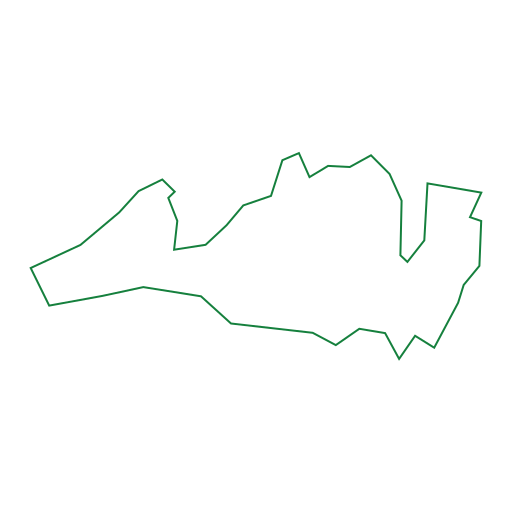 the district of Narin, Namangan, Uzbekistan
{"feature_id": "79887680B11323044548647", "entity_name": "Narin", "entity_type": "district", "adm_level": 2, "iso_a3": "UZB", "parent_name": "Uzbekistan", "parent_adm1": "Namangan", "projection": "mercator", "projection_center": [71.985, 40.952], "detail": "fine", "context": "isolated", "style": "outline", "palette": "green", "viewbox_px": 512, "rotation_deg": 0, "n_neighbors": 0, "source": "geoboundaries", "source_scale": "gbopen_adm2", "svg_char_len": 652}
<svg xmlns="http://www.w3.org/2000/svg" viewBox="0 0 512 512"><path d="M481.2,221.0L470.0,217.2L481.3,192.6L427.5,183.4L424.3,240.4L407.4,261.9L400.4,255.3L401.6,200.7L389.6,174.0L371.0,155.3L349.8,167.0L328.1,165.9L309.5,177.1L298.9,153.1L282.4,160.2L271.0,195.9L243.3,205.4L226.5,225.3L205.6,244.8L174.1,249.7L177.3,220.9L168.3,197.9L174.7,191.7L162.3,179.5L138.6,191.1L119.2,212.4L80.5,244.9L30.7,268.0L49.2,305.6L102.4,295.9L143.3,287.1L201.0,296.3L231.0,323.5L312.7,332.8L335.8,345.1L359.3,328.8L385.1,333.1L399.1,358.9L415.1,335.8L434.2,347.7L458.1,302.8L463.7,284.9L479.4,265.9L481.2,221.0Z" fill="none" stroke="#15803d" stroke-width="2"/></svg>